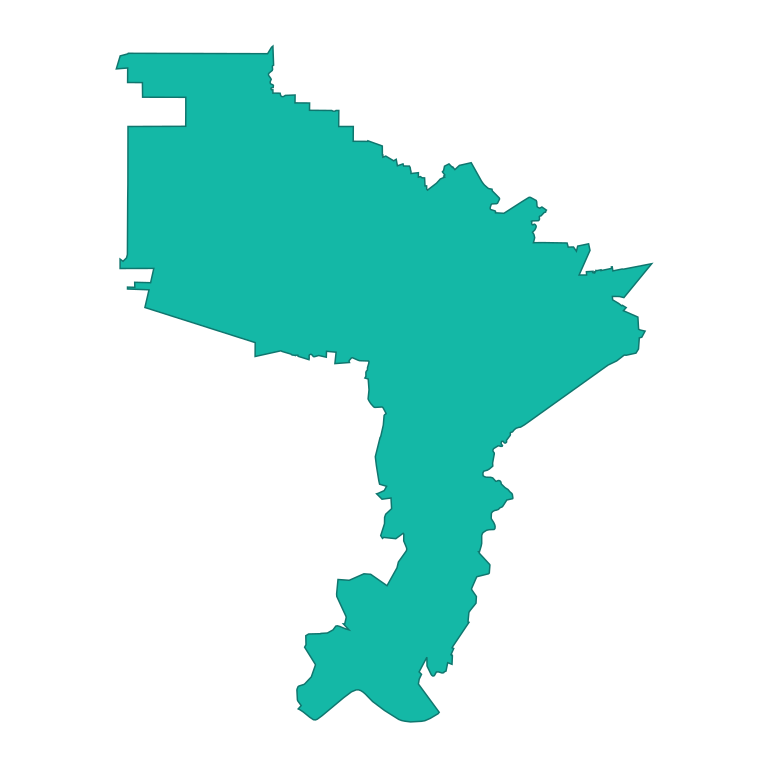 the district of Ebano, San Luis Potosí, Mexico
{"feature_id": "50627088B88107705873369", "entity_name": "Ebano", "entity_type": "district", "adm_level": 2, "iso_a3": "MEX", "parent_name": "Mexico", "parent_adm1": "San Luis Potosí", "projection": "albers", "projection_center": [-98.486, 22.169], "detail": "fine", "context": "isolated", "style": "filled", "palette": "teal", "viewbox_px": 768, "rotation_deg": 0, "n_neighbors": 0, "source": "geoboundaries", "source_scale": "gbopen_adm2", "svg_char_len": 6089}
<svg xmlns="http://www.w3.org/2000/svg" viewBox="0 0 768 768"><path d="M298.2,708.9L300.0,709.8L303.3,712.0L309.7,717.2L313.4,719.7L315.5,719.9L317.3,719.2L322.2,715.6L343.9,697.5L351.5,691.8L356.1,689.9L358.4,689.8L360.8,690.6L363.1,692.1L365.3,694.0L372.6,701.5L384.4,710.4L398.7,719.4L401.6,720.5L404.9,721.2L410.5,721.9L421.4,721.3L424.9,720.7L430.2,718.4L438.1,713.7L439.2,712.3L418.4,684.0L419.2,679.2L421.5,674.3L419.1,671.9L426.9,657.2L427.0,665.6L427.2,666.4L431.1,674.4L431.8,675.3L432.8,676.0L433.9,675.9L434.6,675.2L436.4,672.0L438.5,671.9L441.7,672.9L443.0,672.9L443.8,672.6L444.3,671.8L446.0,671.1L447.7,662.7L452.0,664.3L452.4,655.8L451.9,655.6L452.1,655.1L451.0,654.7L453.7,648.5L452.1,647.8L452.9,646.3L469.0,622.3L468.0,621.9L468.9,612.4L470.2,610.4L476.0,603.2L476.4,596.5L471.8,589.8L471.6,589.0L471.7,588.3L476.1,578.2L476.9,576.7L488.5,573.8L489.3,573.0L489.9,565.1L489.7,564.5L479.3,553.2L479.4,552.7L478.5,551.7L479.6,551.3L481.2,545.9L481.7,543.4L481.7,535.5L482.1,534.3L482.7,533.0L483.6,532.2L486.5,530.3L489.1,529.7L494.0,529.5L494.6,529.0L495.0,528.3L495.1,526.3L494.7,524.7L493.7,522.5L491.4,518.9L491.2,518.1L491.4,513.2L492.6,511.6L494.8,510.4L495.9,510.3L498.4,509.4L500.1,507.7L502.0,507.0L502.9,506.1L506.8,500.0L512.6,498.7L512.9,498.1L512.4,494.6L511.9,493.5L509.8,491.7L508.0,489.5L505.1,487.7L501.3,484.0L500.9,482.0L499.8,480.7L498.2,480.5L496.6,481.2L495.8,481.3L492.7,477.9L490.7,477.3L486.1,477.2L484.4,476.6L483.1,475.7L482.9,472.8L483.9,471.1L487.3,470.2L489.4,469.0L492.8,466.1L492.6,463.1L494.3,453.8L494.2,452.9L493.1,451.4L492.9,450.3L493.2,449.3L493.8,448.5L498.0,445.9L498.9,445.8L500.8,446.4L502.1,446.3L502.5,445.7L502.4,445.3L501.6,444.5L501.1,443.5L501.4,441.9L501.7,441.4L503.1,441.3L504.3,442.8L505.1,443.1L505.7,442.9L506.2,442.5L506.6,442.0L506.5,440.3L510.2,435.4L510.4,434.4L510.2,433.0L510.8,432.4L512.5,431.9L514.2,429.8L516.0,428.3L518.6,427.4L520.6,427.1L524.5,424.8L608.0,365.1L616.7,360.9L624.2,355.1L626.4,355.2L636.0,353.1L638.5,349.0L639.3,337.9L641.8,337.2L645.1,331.1L640.2,330.0L638.6,329.2L637.9,317.1L623.4,310.7L626.2,307.6L622.4,305.3L621.6,305.7L618.9,303.6L612.6,299.8L612.4,296.4L619.4,296.5L623.9,297.6L651.7,263.7L623.3,269.2L622.2,269.0L612.9,270.9L612.2,266.8L611.4,266.9L611.6,268.4L601.0,270.6L601.0,269.8L596.5,270.7L596.0,270.4L595.2,272.0L594.5,271.8L594.5,273.0L592.7,272.6L592.9,271.3L586.4,271.7L586.6,275.0L579.1,275.0L590.0,250.4L588.6,243.8L577.7,246.1L576.4,251.2L573.5,247.0L568.2,247.1L567.1,243.0L543.0,242.6L533.4,242.7L534.7,237.7L533.9,234.4L532.5,232.2L534.6,230.2L535.1,229.4L536.0,227.5L536.2,226.1L535.3,224.7L534.6,224.2L534.0,224.2L533.2,224.8L532.3,224.8L531.6,223.4L531.8,222.0L531.4,221.3L532.3,220.9L538.3,220.7L539.0,220.2L539.5,219.1L539.3,216.7L539.6,216.2L541.1,215.8L544.2,212.5L545.6,212.1L546.0,210.6L546.4,210.1L541.9,207.0L539.7,208.2L538.0,207.4L537.3,206.9L537.0,206.1L536.7,201.8L536.2,200.5L530.5,197.4L529.7,197.3L528.9,197.4L522.1,201.6L503.9,213.3L495.5,212.8L495.5,211.4L495.1,210.9L490.9,209.6L490.4,209.2L490.1,208.1L490.4,206.9L491.2,204.5L491.7,204.1L492.3,203.9L496.5,203.7L497.5,203.2L499.5,199.2L499.5,198.5L499.2,197.9L492.3,190.9L492.0,189.2L488.8,188.6L487.9,188.1L484.5,185.1L483.3,183.7L481.6,181.3L471.2,162.7L459.4,165.4L454.9,169.6L452.8,167.0L452.4,167.4L449.0,163.9L444.5,166.2L443.6,170.5L442.4,171.8L444.8,175.0L443.7,176.1L444.7,177.1L440.3,179.0L436.5,183.2L427.5,190.1L426.7,189.1L426.6,185.9L425.0,185.9L424.6,177.9L422.0,177.8L420.5,176.6L418.4,177.1L418.4,172.7L411.0,173.5L411.0,171.4L410.6,170.2L410.2,167.6L409.4,166.1L403.6,166.0L403.0,163.9L397.4,165.8L396.2,159.3L393.7,160.8L385.8,156.1L382.9,157.2L382.9,155.0L382.4,155.0L382.3,146.0L367.9,140.8L367.8,141.4L353.2,141.3L353.3,126.5L338.7,126.5L338.8,110.5L336.0,110.5L335.1,111.2L333.0,111.2L331.8,110.5L309.5,110.3L309.6,103.0L295.0,102.9L295.1,95.0L285.3,95.4L283.7,96.5L282.2,96.7L281.5,96.4L280.7,95.6L280.1,93.2L272.9,93.1L272.9,89.8L271.5,89.8L271.1,89.1L271.0,88.5L271.2,88.0L271.6,87.8L273.2,87.5L273.4,85.5L272.8,84.7L271.4,84.3L270.4,83.5L270.1,82.0L271.2,79.3L270.7,78.3L268.6,75.4L268.5,74.6L268.5,73.8L269.3,72.9L272.2,70.5L272.6,69.3L272.3,66.9L272.6,65.7L273.6,65.2L272.9,46.1L271.5,47.3L267.6,53.7L128.2,53.3L127.7,53.9L120.2,55.9L116.3,68.9L127.7,68.0L127.6,82.5L142.4,82.6L142.6,97.2L185.8,97.3L185.8,111.8L185.7,126.3L128.0,126.5L127.9,184.7L127.7,199.2L127.4,254.5L126.5,257.9L123.0,261.3L120.1,259.1L120.1,268.5L153.8,268.4L150.6,282.7L134.7,282.3L134.8,287.3L127.5,287.1L127.5,289.0L149.0,289.8L144.9,307.5L255.2,342.6L255.1,356.5L280.9,350.8L282.2,351.5L291.0,354.1L291.5,354.7L293.1,355.2L293.8,355.1L295.5,355.6L295.7,355.2L297.9,355.2L298.1,356.3L309.0,359.7L309.2,358.3L309.1,355.6L309.5,354.8L310.9,354.2L311.8,354.7L313.4,356.6L314.5,356.7L318.7,355.5L326.3,357.2L326.5,351.3L336.1,352.2L334.9,363.6L349.5,362.5L349.1,361.5L349.2,360.5L351.4,358.0L352.4,357.7L358.3,360.3L359.7,360.7L368.5,361.0L369.0,361.7L368.7,363.5L367.5,367.5L367.4,370.1L366.4,371.1L365.9,372.2L365.9,376.3L364.9,378.0L368.2,379.0L369.0,389.9L368.1,398.8L368.3,399.5L369.4,401.5L371.0,403.9L373.6,406.8L374.4,407.3L375.1,407.4L381.7,407.0L382.5,407.2L383.2,408.0L386.0,413.3L386.1,413.7L384.7,414.6L384.1,415.5L383.3,425.1L380.7,436.6L380.1,437.4L375.3,456.7L376.4,465.7L378.8,480.7L379.6,484.2L386.6,486.3L384.2,490.6L378.0,493.4L376.6,493.8L382.0,499.2L391.0,498.0L391.6,508.7L385.7,514.2L384.6,517.3L384.5,523.7L380.7,535.6L382.5,538.4L383.7,537.4L395.8,538.7L403.1,533.3L403.8,534.1L403.7,540.9L406.4,547.4L406.8,549.1L406.3,550.9L398.4,562.0L397.0,567.8L387.0,585.7L370.7,574.3L363.9,573.8L349.2,580.3L338.0,579.5L336.6,594.0L336.8,596.5L346.0,616.4L346.2,617.5L344.7,623.9L343.4,623.9L348.9,629.8L345.4,628.8L339.9,626.5L337.4,625.8L335.8,626.1L333.0,629.9L327.4,633.0L320.9,633.4L320.7,633.7L308.6,634.0L305.8,635.7L306.0,644.7L304.6,647.2L315.1,664.0L315.4,664.6L315.3,665.4L311.3,676.9L304.7,683.9L304.0,684.4L299.0,686.0L298.1,686.6L297.2,688.7L296.9,689.9L297.4,699.9L297.9,701.1L301.2,705.6L298.2,708.9Z" fill="#14b8a6" stroke="#0f766e" stroke-width="1.5"/></svg>